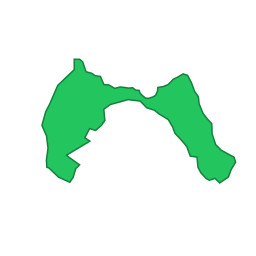 Milia Pafou, Paphos, Cyprus (Natural Earth projection), rotated 250°
{"feature_id": "46923920B8918300424858", "entity_name": "Milia Pafou", "entity_type": "district", "adm_level": 2, "iso_a3": "CYP", "parent_name": "Cyprus", "parent_adm1": "Paphos", "projection": "natural_earth1", "projection_center": [32.535, 34.912], "detail": "fine", "context": "isolated", "style": "filled", "palette": "green", "viewbox_px": 256, "rotation_deg": 250, "n_neighbors": 0, "source": "geoboundaries", "source_scale": "gbopen_adm2", "svg_char_len": 1242}
<svg xmlns="http://www.w3.org/2000/svg" viewBox="0 0 256 256"><g transform="rotate(250 128 128)"><path d="M96.9,54.7L100.3,59.5L107.8,65.2L109.9,69.9L121.3,62.1L123.5,61.0L126.1,74.4L128.7,87.7L133.6,84.1L140.6,91.7L136.8,96.6L139.7,104.2L143.0,108.8L153.9,111.7L156.1,119.5L154.6,137.8L149.1,148.7L140.6,152.5L135.7,158.9L130.5,162.0L122.2,168.7L113.7,170.3L107.1,170.3L96.6,174.7L90.3,176.9L80.2,176.9L77.1,182.9L67.1,180.3L60.7,181.2L53.7,184.3L51.1,186.5L50.9,192.5L45.0,195.4L47.6,205.6L53.7,210.8L53.9,211.0L55.4,212.9L59.0,217.4L64.2,217.7L75.1,208.1L82.3,204.7L93.6,205.0L103.4,208.2L109.0,205.8L116.0,203.5L126.4,203.1L133.2,204.8L139.8,203.1L148.9,203.1L157.2,202.0L157.9,200.9L160.0,198.3L158.8,191.9L158.4,187.4L155.1,180.5L154.9,175.2L155.9,169.9L152.5,168.3L149.2,165.0L148.7,162.2L148.8,157.5L150.0,154.8L154.1,152.3L156.8,151.2L159.5,151.4L161.0,148.2L164.2,146.2L165.3,142.2L166.8,139.5L169.2,134.8L169.8,129.1L175.1,124.6L177.0,120.2L185.9,119.7L188.4,115.0L191.9,112.5L195.2,107.8L205.7,108.0L209.1,106.1L211.0,101.0L201.2,97.4L197.1,88.0L192.0,76.5L177.3,62.6L171.5,56.3L159.9,48.0L148.3,48.7L136.3,45.9L125.7,40.3L118.8,38.3L117.5,40.0L105.6,45.9L96.9,54.7Z" fill="#22c55e" stroke="#15803d" stroke-width="1.5"/></g></svg>